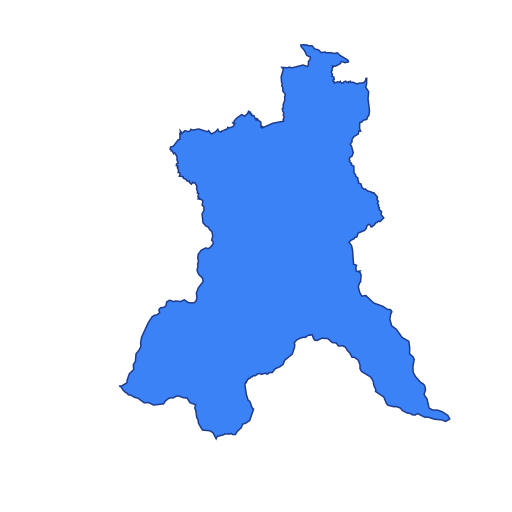 outline of Ibagué, Tolima, Colombia, rotated 259°
{"feature_id": "7082276B61216577882817", "entity_name": "Ibagué", "entity_type": "district", "adm_level": 2, "iso_a3": "COL", "parent_name": "Colombia", "parent_adm1": "Tolima", "projection": "mercator", "projection_center": [-75.17, 4.479], "detail": "fine", "context": "isolated", "style": "filled", "palette": "blue", "viewbox_px": 512, "rotation_deg": 259, "n_neighbors": 0, "source": "geoboundaries", "source_scale": "gbopen_adm2", "svg_char_len": 6120}
<svg xmlns="http://www.w3.org/2000/svg" viewBox="0 0 512 512"><g transform="rotate(259 256 256)"><path d="M84.2,182.0L86.3,183.4L86.7,190.2L87.3,191.6L86.2,196.3L86.6,197.8L85.2,199.0L84.7,201.6L87.5,204.3L90.3,208.8L93.4,210.7L94.0,214.4L95.7,218.4L106.1,224.4L107.9,223.2L114.4,222.2L116.2,220.7L122.1,220.1L132.1,220.6L133.4,221.4L133.5,222.3L134.6,222.4L135.1,223.5L136.3,223.9L136.5,225.1L137.4,225.7L137.2,227.1L138.4,228.4L138.2,229.4L139.0,230.6L138.6,232.5L140.1,235.5L139.7,237.8L138.8,238.7L139.2,243.0L137.9,244.1L138.2,245.6L139.1,246.4L138.5,249.7L141.7,253.4L142.7,258.2L144.4,261.9L148.1,264.2L152.8,272.9L158.8,276.3L161.8,277.2L163.4,276.9L166.0,280.2L167.0,284.3L167.2,287.6L166.6,288.9L168.4,292.4L167.8,294.2L168.2,296.1L165.7,296.4L165.3,297.0L164.1,296.6L162.0,297.7L161.4,299.9L162.7,304.8L161.3,310.7L156.6,314.2L155.2,318.2L152.0,319.7L151.3,324.0L149.4,326.4L145.5,327.8L142.7,329.7L138.3,330.9L137.7,333.3L134.3,336.5L129.3,337.3L125.6,336.6L122.6,337.5L115.4,345.4L111.0,347.1L106.6,347.0L102.0,348.1L100.2,347.5L93.3,354.5L86.3,355.9L84.4,357.0L81.9,362.1L81.2,365.4L79.1,368.8L76.5,370.1L73.0,374.4L72.2,377.1L70.4,379.0L69.5,381.7L70.5,384.5L65.4,391.1L65.1,393.9L61.6,400.3L59.8,406.8L57.4,410.7L59.0,415.1L62.9,413.9L67.5,409.2L70.0,405.1L71.2,399.9L73.7,396.9L83.3,396.6L86.6,394.9L88.6,394.8L92.2,396.9L96.2,396.9L98.2,396.0L100.7,393.4L107.1,389.6L111.8,388.1L117.0,388.8L124.4,391.6L127.0,390.9L130.7,388.1L136.9,389.4L143.1,389.7L148.3,383.8L157.3,379.8L161.5,375.9L168.5,375.3L173.0,377.0L175.3,378.7L177.7,377.8L178.6,374.7L182.3,371.1L187.4,362.6L196.3,356.2L196.4,352.2L200.7,350.8L206.4,350.6L210.3,352.8L210.6,353.7L217.1,355.5L219.5,355.2L220.2,354.2L221.4,355.3L221.6,352.0L222.3,351.5L225.1,351.7L227.7,352.9L229.4,350.2L243.4,351.9L247.9,351.8L251.8,349.9L253.3,352.1L254.2,355.5L255.3,356.3L255.4,358.6L259.0,360.6L260.4,367.4L261.8,369.3L264.2,370.5L265.5,372.4L265.3,373.7L262.7,374.4L262.4,375.1L264.1,378.4L265.7,379.7L265.8,381.2L267.0,383.0L266.1,384.1L269.0,388.7L272.9,386.6L275.8,387.7L278.2,385.6L279.7,386.4L281.6,385.5L282.8,386.2L284.7,385.2L286.2,386.6L288.3,385.5L290.6,386.5L295.8,383.6L295.6,382.4L297.0,381.2L298.6,377.9L301.0,376.1L301.0,374.9L302.9,373.1L306.6,372.8L308.4,370.3L309.9,371.0L311.0,370.4L313.1,370.9L315.2,369.1L316.7,369.2L319.0,368.1L325.5,369.2L327.0,367.2L328.5,367.5L331.1,365.7L332.0,366.4L333.1,366.0L334.8,366.7L335.6,369.2L338.8,371.2L345.7,370.7L347.9,369.8L349.5,371.9L352.1,372.5L354.6,375.0L356.2,379.6L359.0,380.8L358.6,382.5L361.1,382.0L367.1,383.2L367.1,384.8L368.9,387.8L368.9,390.8L370.9,391.8L372.6,393.7L376.8,395.1L389.2,396.0L395.6,397.9L400.9,395.9L403.5,397.3L409.3,398.6L409.3,397.7L407.5,397.2L405.5,394.7L406.0,389.3L405.5,388.0L408.1,384.4L408.2,382.4L409.6,381.9L409.3,380.2L408.4,379.7L410.5,377.3L410.2,375.5L409.1,374.6L409.9,372.5L411.4,372.0L410.7,371.0L411.5,369.2L410.9,368.0L411.1,365.7L412.0,366.1L413.3,364.9L414.3,365.5L414.4,366.4L416.7,366.6L418.0,364.8L419.3,365.7L422.2,364.9L423.7,366.2L425.7,366.4L426.7,367.8L427.9,367.3L427.2,370.1L427.8,372.5L428.9,375.7L430.3,376.4L430.6,377.4L428.8,380.2L428.9,383.8L430.7,383.6L436.8,376.9L440.0,374.5L439.8,371.6L441.3,368.2L442.0,363.8L443.1,362.8L443.2,358.8L446.4,356.7L448.1,353.1L451.7,351.1L452.3,347.6L453.7,345.9L453.5,344.3L454.2,343.8L454.6,340.3L453.1,340.2L448.3,342.8L443.3,344.1L440.8,347.3L438.5,346.5L437.1,344.6L433.3,343.8L432.2,342.5L434.5,338.6L433.8,327.0L435.1,324.8L434.7,323.2L436.2,317.4L434.0,318.5L427.1,314.9L421.4,314.2L419.9,314.7L418.4,313.8L415.7,314.4L412.8,313.8L409.7,315.4L408.3,315.4L406.8,314.4L403.8,314.1L399.1,311.4L396.2,311.1L395.6,309.9L392.9,309.9L391.4,310.6L388.7,309.6L386.8,310.3L385.1,308.8L383.1,308.9L383.1,297.7L380.5,286.5L381.6,285.5L382.0,286.8L383.2,285.6L385.6,286.3L387.0,285.9L389.2,283.8L389.3,282.8L390.0,283.7L390.9,282.9L390.6,281.6L394.2,280.7L394.6,278.6L396.1,278.9L396.4,277.7L397.3,277.9L398.0,276.7L398.4,277.7L399.5,276.3L397.2,274.7L395.4,271.4L397.6,269.0L395.1,263.5L393.0,260.6L391.6,259.9L391.3,258.6L390.0,259.5L390.0,260.3L387.6,258.5L386.8,254.6L387.7,252.8L386.3,252.1L385.1,246.2L384.3,245.3L385.7,243.0L387.7,242.7L385.5,239.7L384.3,235.4L388.2,233.4L387.4,232.4L387.6,231.3L391.6,224.1L391.7,217.9L392.8,216.2L391.2,214.9L391.1,213.1L392.6,210.1L390.7,206.9L393.3,205.6L389.9,205.4L390.2,204.7L391.5,204.8L385.1,203.6L384.9,201.8L379.5,195.8L379.4,193.2L378.6,192.5L377.1,192.1L376.6,192.9L375.5,192.7L375.0,193.8L372.1,194.7L372.7,195.5L372.4,196.2L368.2,197.4L365.4,196.7L362.2,197.4L361.6,195.6L359.9,195.0L359.4,196.2L358.3,196.7L358.1,195.8L357.3,195.7L355.3,196.4L352.9,195.5L352.4,197.0L349.8,196.8L349.0,196.0L347.8,199.6L346.3,199.5L344.5,201.9L342.6,202.8L342.3,204.8L340.9,204.7L338.8,206.3L340.4,208.0L339.5,208.9L339.8,209.8L335.9,211.3L333.5,210.5L330.4,210.9L329.0,210.4L328.2,211.7L325.2,210.2L324.0,211.4L323.1,210.1L322.0,212.9L320.3,214.4L316.2,212.8L314.0,214.3L310.4,213.5L307.7,211.1L298.7,210.3L294.9,212.6L293.4,214.7L290.4,215.7L288.5,217.3L283.9,217.4L280.0,215.5L278.3,216.4L276.3,216.4L273.0,212.5L272.4,210.3L273.5,208.3L272.2,203.4L268.7,199.6L265.8,198.6L261.3,198.4L259.3,197.1L257.2,197.1L253.2,195.4L249.0,196.2L244.4,199.3L241.9,199.3L240.7,198.9L235.7,193.3L230.9,190.4L226.0,190.0L223.4,188.6L222.0,186.7L222.0,184.9L223.1,180.9L226.7,177.2L225.7,173.4L227.2,168.4L227.0,166.3L229.1,162.6L227.9,159.5L224.9,158.4L223.7,157.3L223.1,154.8L223.5,152.9L222.4,151.0L221.6,150.4L218.6,150.6L217.1,147.2L217.1,144.7L216.2,142.5L211.1,137.5L198.0,128.1L192.5,126.1L189.2,125.8L186.0,123.3L182.9,119.6L175.6,117.5L172.8,114.9L167.8,114.2L164.7,109.3L158.9,105.9L156.2,105.1L154.0,99.1L154.5,96.9L153.4,98.4L149.9,99.9L147.1,101.7L145.6,103.6L144.1,104.1L143.4,106.5L140.5,109.7L139.0,112.9L133.2,118.3L132.6,122.6L129.2,127.1L128.5,137.1L130.9,139.2L132.7,142.9L133.2,144.9L132.5,147.2L133.6,151.5L133.4,153.3L130.8,157.6L129.6,161.3L124.6,163.2L121.5,168.3L118.4,166.9L115.2,167.4L108.9,167.0L106.2,167.9L102.9,167.6L96.3,169.8L95.2,170.6L93.3,177.2L90.8,180.0L84.2,182.0Z" fill="#3b82f6" stroke="#1e3a8a" stroke-width="1.5"/></g></svg>